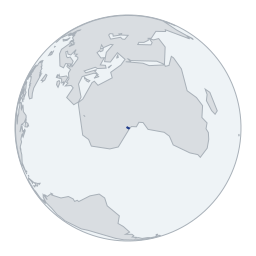 globe centered on Plateau, rotated 311°
{"feature_id": "BEN-2179", "entity_name": "Plateau", "entity_type": "Department", "adm_level": 1, "iso_a3": "BEN", "parent_name": "Benin", "parent_adm1": "", "projection": "orthographic", "projection_center": [2.644, 7.082], "detail": "coarse", "context": "on_globe", "style": "filled", "palette": "blue", "viewbox_px": 256, "rotation_deg": 311, "n_neighbors": 0, "source": "natural_earth", "source_scale": "10m", "svg_char_len": 8224}
<svg xmlns="http://www.w3.org/2000/svg" viewBox="0 0 256 256"><g transform="rotate(311 128 128)"><circle cx="128" cy="128" r="113" fill="#eef3f6" stroke="#a8b0b8"/><path d="M88.4,22.5L86.5,23.3L87.5,23.0L85.0,24.1L88.0,23.0L90.1,22.2L92.1,21.5L93.0,21.3L89.9,22.5L89.1,22.7L88.6,23.0L86.7,23.7L88.1,23.3L84.3,25.0L89.3,23.2L87.3,24.4L84.4,25.6L83.2,25.6L73.6,29.5L70.4,31.3L67.0,33.5L63.9,37.0L60.9,39.2L58.0,42.0L60.3,40.5L63.4,37.9L67.0,36.2L70.4,33.5L72.3,32.6L76.4,30.0L77.3,30.4L76.1,32.2L72.8,34.4L72.1,35.5L76.6,33.5L71.7,38.3L70.6,42.8L69.2,44.2L64.0,46.1L60.7,45.3L54.0,49.1L59.9,46.8L56.2,51.0L56.3,51.9L57.4,52.0L59.5,50.5L58.5,52.2L52.3,54.8L53.0,53.3L55.0,52.4L53.4,52.2L49.2,54.6L47.7,56.8L42.9,59.1L41.8,60.9L40.1,62.6L42.3,59.5L38.2,65.3L32.4,70.9L26.8,81.9L30.6,73.0L30.9,71.6L30.7,71.4L29.7,73.1L30.1,72.2L34.7,64.9L39.9,57.9L45.5,51.3L51.7,45.2L58.3,39.5L65.3,34.4L72.7,29.9L80.4,25.9L88.4,22.5ZM23.0,87.3L23.2,87.0L19.7,97.0L19.6,99.5L17.7,107.3L17.2,111.8L18.0,111.2L18.5,113.7L20.1,109.5L22.1,107.6L20.9,114.1L22.9,108.5L23.4,112.0L28.1,113.1L27.4,114.5L31.2,123.3L37.2,128.0L38.5,133.0L37.6,135.9L40.1,137.1L40.2,139.1L51.8,143.8L59.2,149.6L59.9,156.3L55.6,163.4L56.0,179.1L49.4,183.1L50.6,189.2L50.5,197.5L46.2,195.9L50.4,200.8L50.5,203.0L48.5,202.7L50.7,205.7L49.4,205.4L52.1,207.8L53.9,211.1L58.0,214.6L60.3,217.3L63.0,219.3L62.4,219.0L62.9,219.5L64.2,220.5L60.7,218.2L55.2,213.8L53.1,211.8L52.3,211.2L47.5,205.9L48.0,206.8L40.8,198.1L36.6,191.1L26.7,169.6L24.6,165.0L21.2,158.9L16.6,141.4L16.5,135.0L16.1,131.6L17.4,123.0L18.0,114.0L17.8,112.5L17.0,115.5L17.1,109.1L18.4,102.3L18.7,100.8L23.0,87.3ZM25.1,85.6L25.1,92.2L23.5,92.2L24.1,91.3L24.5,88.8L24.5,86.2L23.6,86.8L25.1,85.6ZM28.7,80.0L28.5,79.4L28.9,79.6L28.7,80.0ZM75.5,30.1L75.9,30.1L75.0,30.5L75.5,30.1ZM76.9,29.1L75.5,29.6L76.0,29.3L76.8,28.9L76.9,29.1ZM78.5,28.5L77.0,28.6L77.8,27.9L81.7,26.2L78.5,28.5ZM90.4,22.0L88.3,22.9L89.3,22.3L90.4,22.0ZM98.1,19.4L97.5,19.6L94.9,20.3L97.5,19.6L90.6,21.8L90.7,21.7L98.1,19.4ZM93.0,21.2L92.8,21.2L95.9,20.1L97.0,20.0L95.6,20.4L93.0,21.2ZM95.3,20.5L97.4,20.0L96.7,20.4L93.5,21.2L95.3,20.5ZM96.3,20.0L97.8,19.5L97.3,19.7L96.3,20.0ZM95.4,22.0L95.0,21.8L96.6,21.2L95.4,22.0ZM98.3,19.8L98.5,19.7L99.1,19.5L100.3,19.3L98.3,19.8ZM103.9,18.0L104.8,17.8L101.8,18.5L103.7,18.1L104.2,18.0L101.2,18.7L101.4,18.5L101.7,18.5L102.6,18.3L103.9,18.0ZM103.3,18.5L100.0,19.6L100.4,20.0L99.0,20.5L98.7,19.8L103.3,18.5ZM102.3,18.5L102.6,18.6L100.7,19.0L99.3,19.3L102.3,18.5ZM106.4,17.4L106.9,17.4L106.0,17.5L106.4,17.4ZM103.8,18.5L104.6,18.3L104.0,18.5L103.8,18.5ZM106.4,17.6L105.7,17.6L106.5,17.5L106.4,17.6ZM106.7,17.8L105.6,18.1L104.7,18.2L106.7,17.8ZM106.8,17.6L108.1,17.4L104.9,18.1L106.4,17.7L106.8,17.6ZM107.2,17.4L107.5,17.3L107.4,17.4L107.2,17.4ZM110.9,17.3L107.2,18.2L105.0,18.4L109.0,17.5L110.9,17.3ZM67.9,222.8L61.6,218.9L64.5,220.8L63.3,219.5L67.8,222.3L67.9,222.8ZM65.5,219.7L66.0,219.2L67.1,219.8L67.0,220.3L65.5,219.7ZM236.1,96.3L236.2,96.8L235.0,92.7L231.8,85.0L232.3,88.3L233.8,100.2L236.1,110.9L235.7,116.1L230.3,101.6L226.6,91.7L225.5,93.1L219.2,85.6L210.9,86.7L208.9,84.3L207.5,85.8L203.0,83.8L199.8,80.0L197.4,80.6L205.8,90.8L208.3,90.2L209.3,85.7L211.3,89.5L215.6,92.5L213.5,102.9L199.9,113.8L197.3,105.9L180.7,85.8L180.5,83.4L180.4,83.2L180.1,82.7L179.8,86.6L176.5,82.8L186.7,96.8L189.0,103.1L199.7,114.3L199.0,115.7L202.1,117.9L210.5,113.7L210.8,116.4L207.6,129.6L194.9,148.2L195.9,159.7L193.8,169.6L184.4,176.9L183.7,184.3L178.6,187.4L177.3,191.6L172.4,196.4L164.7,201.0L153.3,201.8L153.7,198.1L149.8,191.0L144.9,173.2L149.0,164.6L148.5,158.1L140.1,144.0L142.0,135.8L139.5,132.5L134.4,133.5L131.3,129.6L128.1,129.6L107.3,133.1L100.3,128.0L90.3,112.2L93.5,105.8L92.9,98.5L114.4,73.8L120.3,74.9L138.7,71.1L141.2,71.9L140.5,77.3L155.5,83.2L158.7,78.4L170.8,81.3L177.9,80.7L177.9,70.6L166.2,71.4L162.7,66.8L170.9,62.0L181.0,62.0L179.9,60.2L172.4,56.7L173.4,53.5L169.6,55.3L172.1,57.0L169.8,58.3L167.4,57.0L167.8,55.8L164.5,55.2L163.1,61.6L165.5,64.0L157.4,65.7L160.5,69.9L158.8,72.2L152.8,65.9L152.4,63.5L142.3,57.5L142.0,60.0L151.5,66.1L149.1,65.7L148.7,69.8L147.1,66.4L136.8,59.7L128.7,61.8L120.5,72.3L115.3,73.5L110.0,71.8L110.8,61.7L122.3,60.3L122.8,57.2L118.6,53.1L122.5,53.2L122.2,51.6L126.4,51.1L130.4,47.0L134.4,46.3L134.3,41.6L136.3,40.8L135.8,43.7L137.6,45.6L147.2,44.8L148.5,43.7L147.7,40.9L150.4,41.3L148.4,38.7L153.1,37.4L145.6,36.9L144.4,34.2L146.3,32.0L144.6,31.1L141.5,34.8L141.5,36.4L143.6,37.8L142.4,42.8L139.4,43.8L135.7,38.7L131.1,39.8L130.2,35.9L139.1,27.7L143.7,26.2L154.8,28.9L154.8,30.5L150.7,30.1L156.0,32.7L154.8,31.4L157.1,31.9L156.6,29.8L158.2,30.1L154.9,27.8L156.8,27.9L158.8,29.3L159.6,26.9L163.1,26.9L162.5,26.3L160.9,25.6L166.4,26.4L165.7,25.9L163.6,25.4L160.9,24.3L158.3,22.6L160.4,23.0L161.6,23.6L167.2,25.7L170.1,27.7L170.7,27.7L168.6,26.1L161.8,23.5L159.6,22.5L162.9,23.5L161.6,23.0L161.1,22.6L162.6,22.7L159.0,21.6L151.5,18.2L153.6,18.4L157.4,19.4L155.9,18.9L163.9,21.2L171.7,24.2L179.2,27.7L186.5,31.7L193.4,36.3L200.0,41.4L206.2,47.0L212.0,53.0L217.3,59.4L222.2,66.2L226.5,73.3L230.2,80.7L233.5,88.4L236.1,96.3ZM108.6,86.0L108.4,88.2L108.6,86.0ZM192.8,67.4L198.0,67.3L193.5,61.6L195.1,61.2L193.0,59.5L193.1,61.2L187.6,56.6L189.1,54.8L187.4,52.5L185.5,52.4L183.7,56.6L191.6,62.9L191.4,65.4L192.8,67.4ZM28.3,113.0L28.7,114.5L27.8,114.3L28.3,113.0ZM22.5,94.7L22.9,95.1L22.8,96.2L22.4,96.3L22.5,94.7ZM27.8,97.1L28.6,97.9L27.4,98.1L27.8,97.1ZM25.3,93.1L27.1,96.6L24.8,97.8L23.8,95.8L24.9,95.6L25.3,93.1ZM26.8,83.5L26.9,84.1L26.3,85.2L26.8,83.5ZM28.9,80.2L29.1,79.2L28.9,80.2ZM56.6,50.8L57.1,50.7L57.9,51.1L56.7,51.6L56.6,50.8ZM65.8,49.3L64.1,52.1L64.6,50.4L62.7,51.4L61.3,49.4L68.4,44.9L65.4,47.2L65.8,49.3ZM61.4,45.9L61.5,47.4L61.1,46.0L61.4,45.9ZM116.6,44.1L118.6,44.9L117.8,46.8L112.8,48.5L113.8,45.7L116.6,44.1ZM121.5,45.7L119.2,40.7L122.2,39.7L120.9,41.1L123.2,40.9L121.7,43.1L126.9,47.4L126.5,49.5L117.4,51.0L120.6,49.2L118.5,48.4L121.5,45.7ZM107.9,32.7L106.9,31.3L114.7,30.8L114.7,32.2L109.7,33.7L106.8,33.1L107.9,32.7ZM85.8,25.9L84.9,26.0L85.7,25.6L87.2,25.2L85.8,25.9ZM95.1,21.9L90.5,25.2L89.2,25.4L88.1,27.6L84.3,29.0L85.2,27.5L81.5,30.5L80.8,29.7L78.6,31.7L81.0,28.2L80.2,28.0L82.5,27.7L85.9,26.3L87.2,25.6L90.2,23.5L90.2,22.6L93.7,21.3L96.1,20.7L96.6,20.8L94.2,21.5L96.6,21.0L93.5,22.1L95.1,21.9ZM122.3,18.7L119.3,18.8L123.6,19.5L120.6,20.0L121.3,20.1L119.6,20.9L118.9,22.0L117.3,22.2L117.7,22.6L116.6,23.2L116.6,23.9L113.7,24.5L113.5,25.4L112.2,25.2L112.6,26.7L111.1,25.9L109.5,26.9L111.8,27.2L96.4,30.6L91.2,33.2L87.6,35.9L85.4,34.6L87.4,31.5L91.5,27.9L96.9,25.8L95.0,25.8L97.0,24.9L97.7,25.3L97.8,24.2L99.6,23.6L103.3,21.4L102.3,20.6L103.7,19.9L105.0,20.0L105.4,19.3L108.7,19.1L109.8,18.7L114.1,18.2L116.0,18.8L117.0,18.3L120.4,18.1L122.3,18.7ZM112.2,17.2L115.2,17.4L115.0,17.9L107.5,18.6L106.1,19.0L101.3,19.8L101.7,19.2L103.0,19.0L104.4,18.7L103.7,19.0L105.3,18.5L107.2,18.2L108.9,17.9L109.4,18.0L112.2,17.2ZM143.3,69.7L145.1,69.9L147.7,69.5L147.5,72.2L143.3,69.7ZM136.2,65.2L137.7,64.7L138.7,68.1L136.8,68.1L136.2,65.2ZM137.7,61.8L137.7,64.5L136.6,63.1L137.7,61.8ZM137.1,43.3L138.6,42.8L139.1,43.5L138.7,44.6L137.1,43.3ZM134.4,22.2L132.7,21.9L133.0,21.7L130.7,20.5L132.8,20.2L135.0,20.8L134.4,22.2ZM176.4,72.4L174.8,74.4L173.5,73.6L174.3,73.0L176.4,72.4ZM160.9,73.3L164.8,74.3L160.8,74.0L160.9,73.3ZM136.3,21.7L135.1,21.2L136.9,21.4L136.3,21.7ZM134.2,20.0L136.1,20.1L132.8,20.1L134.2,20.0ZM196.2,215.6L195.4,216.7L194.5,217.0L196.2,215.6ZM208.6,166.4L199.5,184.1L195.5,184.7L196.0,179.7L200.1,169.2L205.2,165.7L208.0,160.7L208.6,166.4ZM236.4,111.9L237.9,118.0L237.5,119.3L236.4,111.9ZM152.4,20.8L153.2,22.5L155.2,24.0L158.4,25.1L154.2,24.5L151.2,22.1L152.4,20.8ZM151.4,18.4L148.5,17.7L149.5,17.8L150.3,17.9L151.4,18.4ZM149.9,18.1L146.9,17.9L145.1,17.4L147.8,17.7L149.9,18.1ZM141.7,19.2L141.8,19.6L140.4,19.4L141.7,19.2Z" fill="#d9dde1" stroke="#a8b0b8" stroke-width="1"/><path d="M128.1,126.9L128.1,127.0L128.3,127.2L128.3,127.3L128.2,127.3L128.2,127.8L128.2,128.0L128.3,128.1L128.2,128.1L128.2,128.4L128.2,128.6L128.3,128.6L128.3,128.8L128.2,128.8L128.2,129.0L127.9,128.9L127.9,128.6L127.8,128.4L127.8,128.2L127.8,127.9L127.7,127.7L127.6,127.4L127.6,127.2L127.7,126.9L128.1,126.9Z" fill="#3b82f6" stroke="#1e3a8a" stroke-width="1.5"/></g></svg>